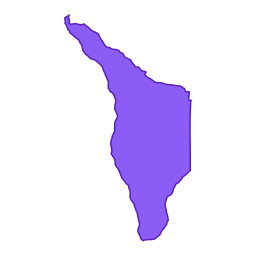 the district of Escazu, San José, Costa Rica
{"feature_id": "36466004B13672837232461", "entity_name": "Escazu", "entity_type": "district", "adm_level": 2, "iso_a3": "CRI", "parent_name": "Costa Rica", "parent_adm1": "San José", "projection": "orthographic", "projection_center": [-84.155, 9.916], "detail": "fine", "context": "isolated", "style": "filled", "palette": "violet", "viewbox_px": 256, "rotation_deg": 0, "n_neighbors": 0, "source": "geoboundaries", "source_scale": "gbopen_adm2", "svg_char_len": 5624}
<svg xmlns="http://www.w3.org/2000/svg" viewBox="0 0 256 256"><path d="M69.0,15.4L65.6,17.3L64.8,18.0L64.8,19.0L65.3,20.5L65.3,21.4L65.1,22.2L65.1,23.6L65.8,24.2L67.0,26.8L67.6,28.8L68.1,29.8L68.4,30.2L69.3,30.7L69.4,30.9L69.7,32.5L69.9,32.9L71.2,34.0L73.1,35.3L73.9,36.2L75.5,37.5L76.0,37.8L78.1,39.6L78.7,40.0L79.1,40.1L80.0,42.8L81.0,44.0L82.0,46.0L83.0,50.6L85.9,54.5L87.6,55.6L88.8,57.0L89.9,57.9L90.3,58.3L90.8,58.6L91.2,58.9L93.5,59.4L93.6,59.6L94.5,59.9L95.4,60.3L96.8,61.6L97.4,62.1L97.5,62.1L98.0,62.6L98.9,63.2L99.4,63.7L99.6,63.8L100.1,64.5L100.7,65.0L101.1,65.2L101.2,65.4L102.1,66.5L102.5,67.3L102.9,68.8L108.3,81.6L108.3,88.3L108.3,88.5L109.0,88.8L109.4,89.3L109.5,90.2L109.8,90.9L110.0,91.3L111.4,92.2L111.8,92.6L112.4,92.9L112.4,93.0L113.2,93.9L113.6,94.7L114.0,95.2L114.1,95.4L114.3,95.7L114.6,97.2L114.9,97.7L114.9,97.9L115.4,98.7L115.7,99.6L115.7,101.7L115.6,102.2L115.4,103.4L115.4,104.3L115.1,104.8L115.1,105.2L115.0,105.3L114.8,106.9L114.8,109.4L115.3,110.2L115.3,110.4L115.9,111.4L115.9,111.6L116.1,111.9L116.2,112.3L116.4,112.6L116.4,113.0L116.5,113.6L116.7,113.8L116.7,114.0L117.1,114.4L117.1,114.5L117.3,115.0L117.5,115.3L117.6,116.4L117.5,116.7L117.4,117.4L117.3,117.5L116.5,118.6L116.1,119.8L115.6,120.5L115.1,122.0L114.9,122.5L114.6,127.8L114.6,131.2L114.4,131.9L113.8,132.7L113.4,134.0L113.2,134.2L112.9,134.9L112.4,135.9L112.4,136.5L112.1,136.8L112.1,137.7L111.9,137.9L111.8,138.7L111.3,139.9L111.0,141.1L111.0,142.0L110.8,142.1L110.8,142.7L110.7,143.1L110.7,144.7L110.9,145.2L111.0,145.7L111.1,146.0L111.2,146.4L111.2,146.7L111.4,146.8L111.5,148.3L111.7,148.5L111.7,149.6L111.8,150.1L111.7,152.3L111.2,153.2L111.2,153.7L111.4,154.2L111.9,154.8L112.3,155.5L112.5,155.6L113.0,156.6L113.2,156.8L113.4,156.9L113.5,157.2L113.9,157.9L113.9,158.1L114.3,158.6L114.3,158.8L114.6,159.3L114.6,159.5L115.0,160.2L115.0,160.8L115.1,161.0L115.1,164.1L115.3,164.3L115.3,164.6L115.5,164.9L115.6,165.1L115.8,165.5L116.0,166.0L116.2,166.3L116.5,166.5L117.0,167.4L117.6,168.2L118.0,168.6L118.3,169.3L118.6,169.6L118.6,169.8L118.8,170.0L118.9,170.5L119.1,170.7L119.3,171.4L119.6,171.8L119.6,172.1L119.8,172.6L120.0,172.8L120.0,173.3L120.3,174.0L120.6,174.2L121.1,176.0L121.4,176.3L121.4,176.6L121.7,177.1L121.7,177.6L126.5,183.9L127.9,184.9L128.1,185.2L128.6,185.6L128.8,186.0L128.8,188.3L129.0,188.6L129.4,188.8L129.7,189.4L129.9,190.0L130.0,191.0L130.2,191.9L130.1,197.4L130.3,198.2L130.7,199.3L131.2,200.2L132.9,202.3L133.3,202.9L133.9,204.0L134.2,204.7L134.4,205.6L134.6,206.0L134.6,206.4L134.8,206.5L134.8,206.8L135.1,207.3L135.1,207.6L135.6,208.8L135.6,209.1L136.3,210.9L137.0,212.2L137.1,212.9L137.2,213.1L137.8,216.0L137.9,216.9L138.1,217.4L138.3,218.6L138.5,218.9L138.5,220.5L139.2,222.0L139.3,222.4L139.3,223.0L139.4,225.2L139.3,225.9L138.6,227.6L138.3,228.6L138.1,228.9L138.0,229.8L137.9,229.9L137.9,231.3L138.1,232.1L138.3,232.4L138.5,233.0L140.2,236.3L140.6,238.1L140.9,238.6L141.1,238.7L141.1,239.0L141.6,239.6L143.4,240.6L143.8,240.2L144.1,240.1L144.3,240.0L145.0,240.0L145.2,239.9L146.6,239.8L147.5,239.6L150.6,239.6L151.5,239.5L151.9,239.4L153.6,239.3L154.5,239.0L155.1,238.5L155.5,238.4L156.4,237.4L157.9,236.5L158.9,235.5L159.3,235.2L159.5,235.2L162.3,230.0L163.4,229.0L164.3,227.9L164.6,227.3L165.0,226.4L165.4,225.7L166.3,225.0L166.9,223.6L166.9,222.2L167.5,221.3L168.0,220.7L168.2,220.3L167.9,217.5L167.7,216.5L167.4,215.4L167.3,215.1L167.1,214.4L166.9,213.7L166.7,213.3L166.6,212.9L166.2,209.8L165.5,207.5L165.2,205.0L164.9,204.3L165.8,201.2L166.1,200.0L166.7,198.5L167.1,197.1L167.3,196.7L168.6,195.9L169.1,195.7L170.3,195.1L171.7,194.0L172.8,191.5L173.1,190.5L173.5,188.7L173.8,188.1L174.4,187.2L175.8,184.2L176.9,183.5L178.1,182.9L178.6,182.4L180.0,180.5L180.8,180.0L181.1,179.6L181.3,179.4L182.2,178.1L182.7,177.0L185.5,175.0L190.3,170.4L190.3,151.7L190.0,133.8L190.1,116.2L190.7,101.4L191.2,100.4L190.6,100.4L189.8,100.2L189.3,100.1L188.9,99.7L188.8,99.2L188.7,98.4L188.7,97.5L188.8,96.7L188.9,95.4L189.1,95.2L189.1,91.8L188.9,91.8L186.4,91.8L185.9,91.6L185.6,91.2L185.2,90.9L184.9,90.1L184.9,89.6L184.7,88.9L184.3,88.4L183.0,87.9L182.4,87.3L182.2,87.2L181.6,86.8L181.5,86.6L180.1,86.0L179.3,85.9L177.1,85.9L176.3,85.6L175.5,85.6L175.0,85.3L174.2,85.2L173.4,85.2L172.1,84.8L169.6,84.8L168.8,84.7L167.4,84.6L163.7,83.5L162.9,83.4L161.4,82.8L160.0,82.8L159.8,82.7L159.0,82.7L158.5,82.6L156.0,82.5L154.4,81.7L153.5,81.1L153.4,80.9L152.3,80.2L151.7,79.6L151.2,79.4L150.8,79.0L149.8,78.5L148.7,77.8L147.9,77.5L146.6,76.6L146.0,75.8L145.6,75.6L145.1,74.9L144.8,74.2L144.9,73.7L146.0,72.8L146.0,72.2L145.4,71.6L145.1,71.6L144.3,71.3L143.5,71.3L143.1,71.0L142.3,71.0L141.9,70.8L141.1,70.1L140.2,69.2L139.5,68.4L139.2,67.8L139.2,67.5L139.1,67.4L138.0,67.1L136.9,67.0L135.5,67.0L135.3,66.9L134.6,65.7L134.2,65.3L134.2,65.0L133.6,64.4L133.2,63.8L132.9,63.5L132.1,62.5L131.8,62.4L131.2,61.0L131.2,60.4L127.1,58.1L125.7,57.9L125.3,57.7L124.8,57.0L124.5,56.3L123.9,55.5L123.5,54.6L122.8,53.7L122.4,53.3L122.0,53.2L120.3,52.4L118.8,50.5L117.2,49.9L115.9,49.5L112.9,49.3L111.2,48.7L110.7,48.4L109.8,47.6L109.4,47.5L108.5,47.5L107.1,47.3L106.6,47.1L106.2,46.8L106.2,46.7L105.7,46.1L104.7,45.2L104.3,44.5L103.5,42.9L103.2,42.7L102.8,41.9L102.6,41.5L102.5,41.2L101.3,39.8L100.2,37.9L99.8,37.1L99.1,35.9L98.7,34.6L98.4,34.2L98.0,33.7L97.3,33.3L91.9,30.6L91.0,30.0L89.4,28.3L88.9,27.8L88.5,27.5L87.7,27.0L84.4,24.3L84.0,24.1L84.0,24.3L79.8,24.8L75.8,23.5L75.3,23.6L74.7,23.8L72.4,24.0L72.2,24.1L71.6,24.2L70.5,24.2L69.7,23.8L69.4,23.5L69.2,23.2L69.3,22.1L69.5,20.9L69.4,20.1L69.2,19.7L68.7,19.2L68.9,18.4L68.5,17.7L68.5,17.3L68.7,16.7L69.0,15.4Z" fill="#8b5cf6" stroke="#5b21b6" stroke-width="1.5"/></svg>